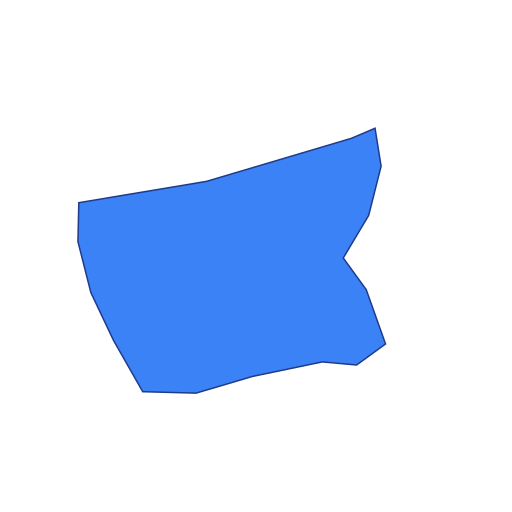 the state/province of North East, rotated 324°
{"feature_id": "SGP-4874", "entity_name": "North East", "entity_type": "state/province", "adm_level": 1, "iso_a3": "SGP", "parent_name": "Singapore", "parent_adm1": "", "projection": "mercator", "projection_center": [103.929, 1.383], "detail": "fine", "context": "isolated", "style": "filled", "palette": "blue", "viewbox_px": 512, "rotation_deg": 324, "n_neighbors": 0, "source": "natural_earth", "source_scale": "10m", "svg_char_len": 385}
<svg xmlns="http://www.w3.org/2000/svg" viewBox="0 0 512 512"><g transform="rotate(324 256 256)"><path d="M144.0,108.7L259.8,166.5L402.2,216.8L427.4,222.6L410.0,256.9L371.0,289.4L325.4,308.9L325.4,348.0L309.1,403.3L273.3,403.3L247.3,380.6L182.2,351.3L126.9,331.7L84.6,299.2L91.1,240.6L100.9,188.5L120.4,139.7L144.0,108.7Z" fill="#3b82f6" stroke="#1e3a8a" stroke-width="1.5"/></g></svg>